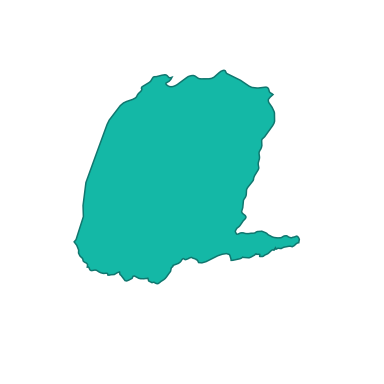 the border of Vakaga, rotated 225°
{"feature_id": "CAF-812", "entity_name": "Vakaga", "entity_type": "Prefecture", "adm_level": 1, "iso_a3": "CAF", "parent_name": "Central African Republic", "parent_adm1": "", "projection": "equal_earth", "projection_center": [21.98, 9.792], "detail": "fine", "context": "isolated", "style": "filled", "palette": "teal", "viewbox_px": 384, "rotation_deg": 225, "n_neighbors": 0, "source": "natural_earth", "source_scale": "10m", "svg_char_len": 4608}
<svg xmlns="http://www.w3.org/2000/svg" viewBox="0 0 384 384"><g transform="rotate(225 192 192)"><path d="M240.1,73.4L240.3,76.3L251.4,97.8L259.5,105.4L273.7,123.7L286.8,151.7L299.8,179.7L301.4,184.4L303.8,202.5L303.4,206.6L302.3,209.7L299.4,215.6L298.5,218.6L298.5,219.8L299.3,222.4L299.5,223.8L299.4,227.1L299.6,228.1L300.2,229.4L300.8,229.4L301.2,229.6L301.6,230.4L301.7,231.1L299.7,239.3L299.6,241.2L300.4,244.4L300.6,246.0L299.9,247.2L298.8,248.3L295.8,253.4L294.1,255.7L293.2,256.4L291.9,256.7L289.4,256.6L288.2,257.2L287.3,259.0L286.6,256.7L286.5,254.1L287.1,251.9L287.4,250.8L287.2,250.3L286.6,249.9L285.8,249.8L284.9,249.9L283.8,250.1L282.8,250.5L281.8,251.1L281.1,251.8L280.3,252.7L279.7,253.8L279.0,255.4L278.4,257.5L276.7,268.9L276.3,270.9L275.7,272.2L274.6,274.0L273.5,275.3L272.9,275.6L272.2,276.0L271.4,276.2L268.5,276.7L267.1,277.2L265.5,278.5L260.1,284.0L258.5,286.2L257.6,288.8L257.2,295.4L256.9,297.8L255.9,300.1L255.1,300.9L254.2,301.2L251.9,300.4L251.1,300.4L236.6,305.3L226.6,307.2L223.6,308.3L219.7,311.4L218.5,312.6L214.2,318.1L213.4,318.8L212.7,319.1L212.1,319.2L211.5,319.2L210.7,319.0L208.1,317.6L207.1,317.5L206.1,317.7L205.3,318.0L203.6,318.2L203.8,314.5L203.7,313.2L203.6,312.0L203.2,311.1L202.3,310.3L201.1,309.6L195.2,308.5L190.8,306.9L189.6,306.2L183.7,300.5L182.6,298.5L181.9,296.0L179.7,282.4L179.8,279.5L179.7,278.5L179.0,277.5L175.4,274.2L174.4,272.6L173.7,270.9L173.4,269.4L173.0,268.3L172.6,267.5L171.8,266.6L168.9,264.4L167.8,263.1L165.9,259.7L165.1,258.7L164.1,257.9L162.1,256.5L161.4,255.7L160.9,254.5L159.3,247.9L158.7,246.4L158.1,245.2L157.4,244.4L156.9,243.3L156.7,242.0L155.9,235.1L155.5,233.2L154.9,232.0L152.1,228.9L151.3,227.8L150.7,226.5L150.4,225.3L150.0,223.2L149.7,222.5L145.1,216.9L144.3,215.5L143.7,214.3L143.0,213.2L142.0,212.7L140.0,212.7L138.0,213.0L136.8,212.8L136.1,212.4L135.7,211.8L135.5,211.0L135.4,210.1L135.4,208.0L135.2,206.8L134.5,203.1L134.3,201.7L134.3,200.5L134.6,198.5L134.5,197.6L134.3,196.8L133.9,195.5L133.5,194.7L132.8,194.4L130.9,193.8L130.5,193.8L130.1,194.2L129.6,195.0L129.4,195.6L129.0,196.8L128.8,197.2L128.5,197.7L128.1,198.2L127.5,198.8L127.0,199.2L126.5,199.6L125.4,200.1L124.4,200.8L122.7,202.4L121.1,204.6L119.5,206.2L119.0,206.9L118.6,207.5L118.4,208.7L118.1,209.7L117.8,210.2L117.6,210.6L117.0,211.2L116.4,211.9L115.5,212.9L115.3,213.3L114.6,213.8L111.0,215.3L109.8,215.6L108.2,215.6L107.2,215.8L105.3,216.5L104.3,216.7L103.1,217.2L101.8,217.9L99.1,220.0L97.3,221.9L96.8,222.6L96.5,223.2L96.4,223.7L96.0,225.4L95.8,225.9L95.5,226.3L95.3,226.7L94.4,227.7L94.0,228.0L93.2,228.3L92.0,228.4L90.0,229.4L89.5,229.8L89.2,230.1L89.0,230.6L88.6,231.5L88.3,231.9L87.8,232.6L87.0,234.5L86.7,234.9L86.2,235.1L85.5,235.2L84.2,235.0L82.6,234.4L80.5,231.4L80.2,231.1L80.7,231.4L81.2,231.2L81.7,229.2L81.8,226.5L82.4,224.2L84.1,223.2L85.0,222.3L88.0,217.9L88.6,216.3L88.9,215.2L89.7,214.4L91.4,213.1L91.7,212.2L91.9,211.3L92.3,210.9L93.5,211.6L93.4,210.3L93.3,209.9L92.9,209.5L92.9,208.8L94.0,208.3L94.5,206.9L94.6,203.4L94.8,201.8L95.9,198.9L96.2,196.9L96.4,196.5L96.8,195.9L97.4,195.4L97.8,195.1L98.0,194.7L98.6,194.3L99.0,194.6L99.7,195.6L100.0,195.8L100.5,195.4L101.1,194.9L102.1,193.7L102.4,193.6L102.8,193.7L103.0,193.7L103.2,193.3L103.1,191.8L103.2,191.5L104.3,187.6L105.1,185.8L109.5,182.0L110.1,181.8L110.3,180.2L110.9,178.7L114.9,172.5L116.0,171.3L117.1,172.2L120.3,173.9L121.4,174.2L124.1,172.8L126.6,169.4L128.7,165.1L132.8,152.7L134.9,148.9L137.4,146.8L138.2,147.0L139.1,147.4L140.1,147.6L140.9,147.2L141.2,147.4L143.7,146.4L144.1,146.0L146.1,145.4L147.1,143.8L147.7,141.7L148.7,139.6L149.3,139.2L150.2,139.1L151.0,138.8L151.3,137.8L151.3,136.9L150.9,135.4L150.8,134.2L151.1,132.0L153.5,126.7L152.9,125.9L152.9,125.2L153.0,124.5L153.0,123.8L152.5,122.9L151.1,120.8L150.9,119.8L150.7,118.1L150.0,114.0L149.8,111.9L150.0,109.9L150.7,106.8L150.9,104.7L151.3,103.0L152.4,102.1L153.7,101.6L154.9,101.4L155.3,101.1L155.7,100.4L156.2,99.6L157.0,99.3L157.6,99.2L159.1,98.6L159.9,98.5L161.5,99.5L162.3,99.8L162.7,98.9L163.0,98.8L164.8,96.5L167.1,94.3L168.5,93.4L173.3,91.9L174.1,90.7L173.3,88.5L173.8,87.0L174.4,84.9L175.3,82.9L176.7,82.0L183.3,82.9L184.5,82.7L186.7,84.2L187.8,82.0L188.6,78.7L190.8,76.2L191.7,74.8L192.7,73.8L193.9,74.5L194.5,74.5L195.4,73.7L196.8,72.0L197.8,71.3L199.4,70.4L201.1,69.8L201.4,69.7L203.5,69.3L204.7,68.8L205.6,68.0L207.1,65.8L207.8,65.1L208.9,64.8L210.1,65.1L211.2,65.6L212.2,65.7L212.9,64.8L214.6,66.9L216.3,67.1L218.0,66.5L219.8,66.2L220.5,66.5L221.9,67.4L222.7,67.6L225.4,67.5L226.2,67.6L229.1,68.6L231.1,70.8L235.8,72.8L240.1,73.4Z" fill="#14b8a6" stroke="#0f766e" stroke-width="1.5"/></g></svg>